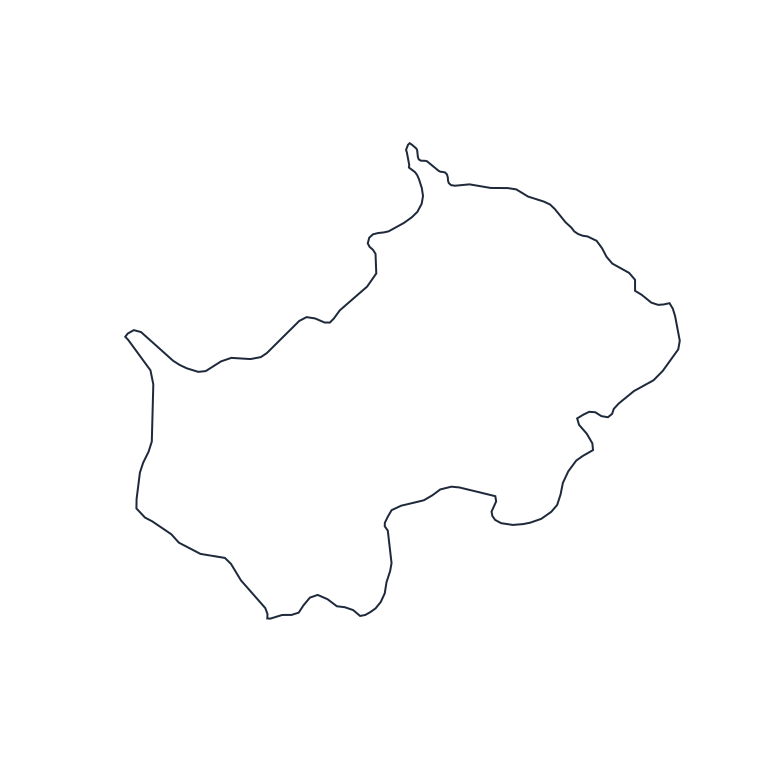 outline of Kénédougou, rotated 49°
{"feature_id": "BFA-2800", "entity_name": "Kénédougou", "entity_type": "Province", "adm_level": 1, "iso_a3": "BFA", "parent_name": "Burkina Faso", "parent_adm1": "", "projection": "orthographic", "projection_center": [-5.0, 11.424], "detail": "fine", "context": "isolated", "style": "outline", "palette": "slate", "viewbox_px": 768, "rotation_deg": 49, "n_neighbors": 0, "source": "natural_earth", "source_scale": "10m", "svg_char_len": 2325}
<svg xmlns="http://www.w3.org/2000/svg" viewBox="0 0 768 768"><g transform="rotate(49 384 384)"><path d="M478.4,133.4L485.8,131.0L497.9,128.9L504.1,125.2L507.5,120.7L510.3,115.5L516.6,116.6L523.8,119.8L545.4,132.4L550.9,139.2L557.0,165.1L558.0,178.1L553.3,200.0L552.7,219.4L553.5,226.8L556.2,231.5L556.0,236.8L550.9,241.0L543.9,243.1L539.6,247.4L537.9,253.7L536.7,260.8L542.8,263.6L554.7,263.6L565.5,265.7L571.0,269.6L568.7,281.2L567.9,289.1L570.8,302.2L576.0,313.9L583.2,323.2L588.9,332.7L590.2,341.6L588.9,353.9L584.6,364.6L581.0,370.9L574.9,379.2L565.9,386.9L559.5,389.3L554.7,388.8L550.9,386.6L546.2,376.4L541.7,373.6L511.5,395.0L505.7,400.5L500.5,410.7L499.7,420.6L497.9,430.2L487.1,450.9L484.2,461.0L486.6,468.1L489.3,474.4L491.9,476.8L497.1,477.3L524.1,495.8L529.2,502.1L535.2,512.1L542.5,520.8L546.4,529.5L547.8,537.5L547.2,543.9L546.0,549.7L543.4,554.2L534.4,555.6L526.8,560.0L520.8,565.4L509.4,567.8L499.7,572.4L496.6,580.1L498.2,589.9L500.6,598.4L497.6,605.3L491.5,612.4L486.5,623.7L484.4,625.9L481.1,622.8L475.2,620.6L438.3,620.8L419.4,617.5L410.9,618.2L391.8,634.0L369.2,642.9L357.9,643.1L335.7,649.0L328.0,652.0L315.5,652.5L308.4,646.1L290.7,626.3L285.4,617.4L280.6,606.0L275.1,597.0L233.0,558.4L220.5,551.3L182.8,548.1L178.6,548.3L177.8,544.3L179.2,537.5L185.4,533.3L228.2,527.9L235.6,525.7L242.7,522.6L253.0,516.2L257.3,510.1L260.0,492.2L264.1,482.1L277.6,468.4L282.9,459.3L283.8,452.2L280.8,406.6L282.7,398.6L289.3,393.0L298.6,388.5L302.1,384.6L301.7,379.0L299.4,369.0L299.4,332.8L295.5,317.3L280.2,305.0L275.4,304.3L271.0,304.9L267.2,304.0L263.9,299.1L263.8,294.1L266.2,289.4L269.4,284.8L271.8,280.4L275.5,263.3L276.4,253.7L276.0,246.0L272.7,237.3L267.7,231.2L260.9,226.9L252.5,223.3L248.1,221.9L244.4,221.6L237.0,223.2L235.3,221.3L224.2,214.8L221.8,213.8L219.2,208.9L219.1,206.7L221.9,205.9L227.7,205.1L229.6,205.8L234.9,209.5L237.3,210.4L239.6,209.7L242.8,206.3L244.2,205.4L259.1,202.9L260.9,202.1L262.5,200.5L264.5,199.1L267.2,199.0L270.1,200.4L272.4,202.2L274.8,203.3L277.9,202.9L280.9,200.4L289.4,188.5L306.0,174.9L317.4,162.0L323.9,156.5L337.1,152.3L351.2,143.7L357.5,140.9L364.2,140.3L381.1,140.9L388.9,140.0L393.7,140.3L398.2,139.1L402.4,136.8L406.3,133.5L415.5,129.6L424.8,130.4L434.0,132.6L442.9,132.7L461.1,126.1L470.1,126.2L478.4,133.4Z" fill="none" stroke="#1e293b" stroke-width="2"/></g></svg>